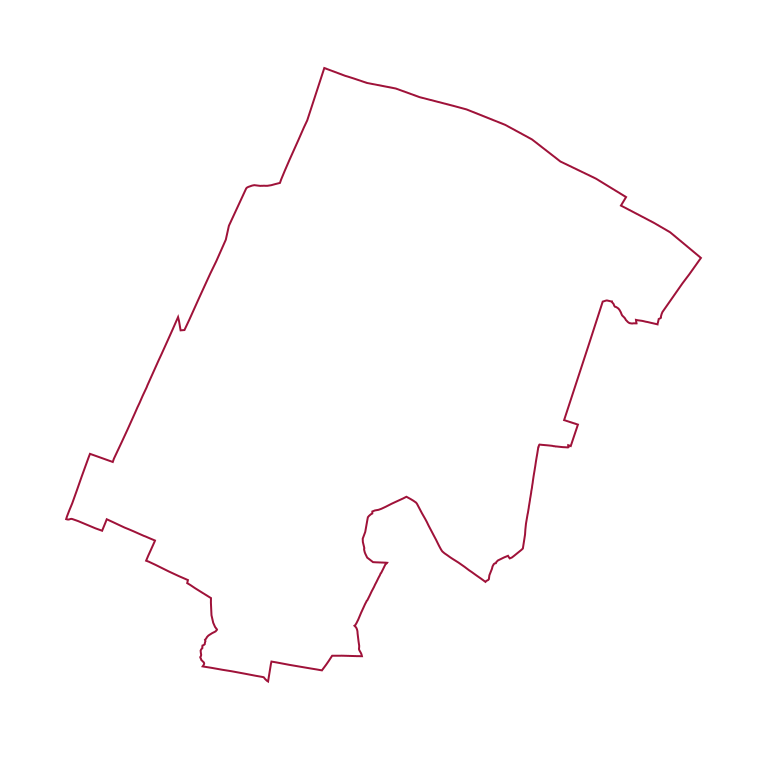 outline of Ostroveni, Dolj, Romania, rotated 186°
{"feature_id": "2599482B82593705171152", "entity_name": "Ostroveni", "entity_type": "district", "adm_level": 2, "iso_a3": "ROU", "parent_name": "Romania", "parent_adm1": "Dolj", "projection": "orthographic", "projection_center": [23.874, 43.804], "detail": "fine", "context": "isolated", "style": "outline", "palette": "rose", "viewbox_px": 768, "rotation_deg": 186, "n_neighbors": 0, "source": "geoboundaries", "source_scale": "gbopen_adm2", "svg_char_len": 6095}
<svg xmlns="http://www.w3.org/2000/svg" viewBox="0 0 768 768"><g transform="rotate(186 384 384)"><path d="M619.7,355.9L622.8,347.0L625.1,339.7L626.8,334.9L628.6,329.2L634.3,311.9L638.8,298.7L644.8,281.5L645.6,278.1L661.2,281.9L669.1,283.8L670.1,280.1L675.0,260.3L678.4,245.9L681.6,232.7L683.9,224.9L685.4,219.3L686.0,216.4L684.9,216.2L684.0,216.2L683.3,216.3L682.5,216.6L681.7,217.0L680.8,217.2L679.8,217.1L673.9,215.7L655.9,210.3L649.0,208.6L646.5,217.2L645.6,220.5L639.4,218.4L632.8,216.1L627.0,214.1L622.5,212.8L617.3,211.2L612.4,209.6L606.8,207.8L605.5,207.5L600.4,205.9L595.4,204.4L595.6,203.5L598.8,193.8L600.6,188.4L602.1,183.4L599.4,182.7L592.2,180.2L578.5,175.1L568.0,171.5L561.0,169.3L558.5,168.5L558.9,165.4L555.7,163.9L550.6,161.2L542.2,157.1L533.7,153.0L533.3,148.5L531.4,136.0L528.9,128.7L526.6,124.7L524.6,122.6L524.4,122.2L525.6,120.4L526.9,119.5L528.8,118.3L530.7,116.8L532.3,115.5L533.6,113.8L534.3,112.2L535.3,110.8L534.7,109.7L534.9,109.0L535.1,107.6L535.1,106.4L536.1,105.5L537.2,104.9L537.2,103.2L537.0,102.5L538.0,101.0L538.5,99.7L538.2,98.2L537.8,96.5L537.5,95.5L537.6,94.5L537.9,93.6L538.1,93.4L538.1,92.7L537.7,92.2L537.4,91.8L537.3,91.4L537.0,90.9L536.8,90.4L536.1,89.9L534.8,88.8L534.1,88.3L533.8,87.7L533.6,87.0L533.9,86.0L534.2,85.3L534.8,84.2L533.6,84.1L526.0,83.7L514.9,82.9L505.6,82.4L491.6,81.3L481.0,80.4L475.0,80.0L473.0,79.8L471.2,78.0L469.2,76.5L468.2,76.0L467.2,93.8L466.9,96.2L462.4,95.9L456.1,95.4L448.8,94.8L426.9,93.4L421.5,93.1L415.8,92.7L415.7,92.9L412.2,98.8L410.0,102.8L407.2,108.3L397.4,109.4L381.6,110.6L377.5,111.0L377.6,111.3L377.8,111.8L378.2,112.9L379.0,114.3L380.1,115.8L381.0,117.2L381.2,118.0L381.2,119.5L381.3,121.0L382.4,125.3L383.3,129.2L384.3,133.6L384.4,134.5L384.7,135.7L385.2,137.1L385.7,138.0L386.0,138.5L386.2,138.8L386.9,139.5L388.1,140.5L387.7,140.9L387.4,141.0L387.0,142.0L386.5,143.0L385.0,147.0L382.8,154.3L380.8,160.2L379.8,163.2L379.0,165.2L378.5,166.6L378.0,167.1L377.1,169.5L376.2,171.9L374.6,176.5L373.7,178.7L372.7,181.2L371.9,183.6L370.9,186.1L369.1,191.0L368.1,193.4L367.5,195.4L367.1,195.7L366.4,197.6L365.6,199.7L364.8,201.9L363.8,204.6L363.7,204.8L363.4,205.1L362.9,205.6L362.3,206.3L362.2,206.5L363.2,206.5L373.8,205.8L376.3,205.7L380.8,208.5L382.3,209.4L382.6,209.6L383.2,210.6L384.7,213.0L385.5,214.5L385.9,215.6L386.2,216.4L386.6,217.8L386.4,218.7L388.5,224.6L389.0,227.9L387.2,234.9L386.3,247.6L386.1,249.8L385.1,251.3L383.5,253.0L382.1,254.0L382.3,256.0L379.8,257.3L376.3,258.3L373.6,259.6L369.6,262.0L363.9,265.7L359.9,268.1L353.0,272.2L350.4,273.9L349.9,274.2L345.6,272.4L342.8,271.1L339.7,269.4L338.6,268.2L332.8,259.5L328.9,254.1L327.0,251.3L324.9,247.9L318.5,238.3L316.0,234.6L313.8,231.1L312.4,228.9L310.5,226.1L309.3,224.5L308.5,223.6L306.2,222.0L302.9,220.2L300.1,218.6L297.8,217.4L291.3,214.2L284.8,210.6L280.0,207.7L277.0,206.1L272.3,203.4L266.7,200.3L262.9,198.1L262.4,197.8L261.7,198.8L259.9,200.0L259.3,200.9L259.2,204.8L257.3,211.6L257.0,213.9L256.0,216.3L255.2,217.1L254.0,217.5L253.7,218.6L252.3,220.4L246.4,224.1L242.7,226.1L241.5,224.5L240.7,223.7L240.0,224.1L238.7,224.8L236.7,226.7L229.9,233.5L228.7,234.9L228.3,242.9L228.0,249.1L228.2,254.1L228.2,260.0L227.6,269.3L227.4,271.0L227.3,273.0L227.2,274.7L227.1,276.0L227.1,276.9L227.1,277.3L227.0,278.8L226.9,280.5L226.7,283.9L226.7,285.1L226.6,286.2L226.5,287.8L226.3,291.4L226.3,292.6L226.2,294.0L226.1,295.2L226.0,296.5L226.0,298.2L225.8,301.5L225.8,302.8L225.6,307.6L225.5,309.5L225.4,311.1L225.3,312.7L225.2,314.4L225.1,316.4L225.0,317.9L224.8,322.8L224.6,326.2L224.3,330.7L224.0,336.2L224.0,336.9L223.9,336.9L223.6,337.7L223.6,338.0L223.6,338.4L223.5,339.0L223.4,339.4L223.3,339.6L223.1,339.8L223.0,340.0L222.8,340.0L220.4,340.0L214.6,340.1L213.5,340.1L212.9,340.1L211.5,340.1L210.4,340.1L209.3,340.0L208.8,339.9L208.2,339.9L207.6,340.0L207.0,339.8L205.8,339.9L205.3,339.9L204.8,339.9L204.1,339.9L203.5,339.9L202.6,339.9L202.0,339.9L199.6,339.9L196.0,340.1L195.5,340.1L195.0,340.1L194.3,340.2L194.0,340.4L193.8,340.6L193.8,340.8L194.0,341.3L194.3,341.4L194.4,342.0L194.4,342.4L191.8,341.8L186.9,363.9L201.1,366.9L184.2,445.7L175.1,488.8L174.6,489.0L174.2,489.2L173.4,489.5L172.6,489.9L172.0,490.1L171.5,490.3L170.9,490.4L170.3,490.3L169.3,490.2L167.0,489.9L165.9,489.9L165.8,489.2L165.4,488.9L165.1,488.6L164.8,488.3L164.5,488.0L164.1,487.6L163.8,487.2L163.5,486.4L162.9,485.5L162.6,485.2L162.4,485.0L161.8,484.9L161.5,484.9L161.2,484.8L161.0,484.7L159.7,484.1L159.1,483.7L158.7,483.5L158.3,483.0L157.9,482.7L157.6,482.3L157.3,482.0L157.0,481.5L156.7,481.1L156.5,480.8L156.2,480.4L155.9,479.9L155.3,478.7L154.4,477.2L154.1,476.9L153.2,476.2L152.3,475.5L152.0,475.2L151.6,474.9L151.3,474.5L151.0,474.3L150.8,473.9L150.4,473.3L150.0,472.8L149.7,472.6L149.3,472.3L148.3,471.4L147.9,471.1L147.2,470.7L146.4,470.3L146.1,470.2L145.4,470.2L144.9,470.1L144.5,470.1L144.1,470.1L143.8,470.1L143.5,470.1L142.4,470.4L140.4,470.6L139.6,470.6L139.2,470.7L139.7,472.4L140.1,474.1L139.1,474.0L137.9,473.9L134.3,473.8L133.1,473.7L131.5,473.5L130.1,473.3L128.4,473.2L124.6,472.7L123.7,472.6L120.4,472.2L118.2,471.9L118.2,472.5L118.1,473.3L118.0,473.7L117.9,474.6L117.8,475.1L117.8,475.7L117.6,476.9L117.6,477.1L117.6,477.3L117.2,477.6L116.2,478.2L115.8,478.5L115.6,478.7L115.6,478.9L115.5,479.2L115.6,479.9L115.6,480.5L115.4,481.4L115.3,482.3L115.1,483.0L114.6,484.7L97.8,515.1L93.9,521.6L91.9,524.9L82.0,542.5L83.3,543.4L115.3,564.8L132.2,572.4L167.0,586.2L162.8,595.2L194.7,610.4L231.8,623.7L262.4,642.7L290.6,654.4L330.6,665.7L343.0,667.7L378.6,673.0L403.2,679.1L432.3,681.6L443.4,684.1L446.1,684.7L452.4,686.0L454.7,686.4L476.4,692.0L487.9,638.2L490.5,630.7L494.7,617.5L497.0,610.5L501.4,597.1L505.0,585.6L507.7,576.5L508.5,573.1L512.9,571.5L517.0,569.9L520.8,568.9L524.3,568.6L528.0,568.1L533.8,568.2L536.0,567.5L538.3,566.4L539.6,565.8L540.9,564.9L541.5,564.1L541.7,563.5L554.8,525.1L556.4,511.0L563.6,488.7L568.3,475.7L570.7,468.6L577.1,449.6L584.3,427.7L588.1,416.8L591.9,416.1L594.6,425.7L595.8,429.0L596.9,425.6L599.8,416.5L603.8,404.3L608.6,389.8L610.6,384.0L619.2,357.8L619.7,355.9Z" fill="none" stroke="#9f1239" stroke-width="2"/></g></svg>